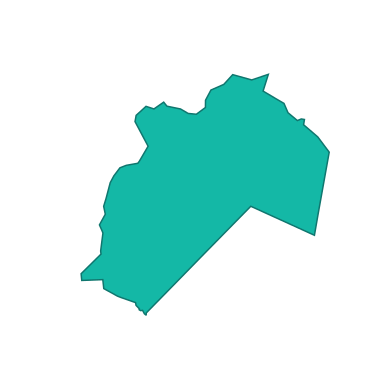 Dauphin, Pennsylvania, United States of America (Equal Earth projection), rotated 61°
{"feature_id": "52423323B59200867058970", "entity_name": "Dauphin", "entity_type": "district", "adm_level": 2, "iso_a3": "USA", "parent_name": "United States of America", "parent_adm1": "Pennsylvania", "projection": "equal_earth", "projection_center": [-76.798, 40.389], "detail": "fine", "context": "isolated", "style": "filled", "palette": "teal", "viewbox_px": 384, "rotation_deg": 61, "n_neighbors": 0, "source": "geoboundaries", "source_scale": "gbopen_adm2", "svg_char_len": 921}
<svg xmlns="http://www.w3.org/2000/svg" viewBox="0 0 384 384"><g transform="rotate(61 192 192)"><path d="M289.2,105.9L272.8,92.7L223.7,52.7L204.8,55.3L187.3,61.8L183.1,58.5L181.1,61.0L180.6,65.2L169.2,69.6L159.1,68.6L150.9,73.5L138.2,80.9L126.1,68.2L122.9,85.5L109.1,99.5L113.3,112.0L112.0,126.0L118.3,135.7L124.6,139.3L126.1,150.5L121.4,157.3L113.8,161.8L104.8,172.3L99.7,173.2L100.9,185.0L94.8,190.7L97.9,203.7L102.8,207.7L130.7,208.2L139.6,223.2L140.6,225.5L136.8,236.6L135.9,243.3L140.0,252.5L144.2,259.0L156.0,270.3L161.7,276.2L169.4,278.6L175.9,288.9L182.5,289.5L184.7,289.8L199.3,300.5L202.2,301.7L209.7,328.6L215.9,331.3L225.4,312.5L233.7,316.0L246.9,307.7L249.7,305.4L261.4,295.0L264.0,295.9L268.7,294.7L269.3,295.3L270.8,294.5L271.6,292.6L275.3,292.7L277.0,292.1L277.2,291.6L275.6,290.6L267.0,261.7L253.8,217.6L237.1,161.4L233.0,147.5L289.2,105.9Z" fill="#14b8a6" stroke="#0f766e" stroke-width="1.5"/></g></svg>